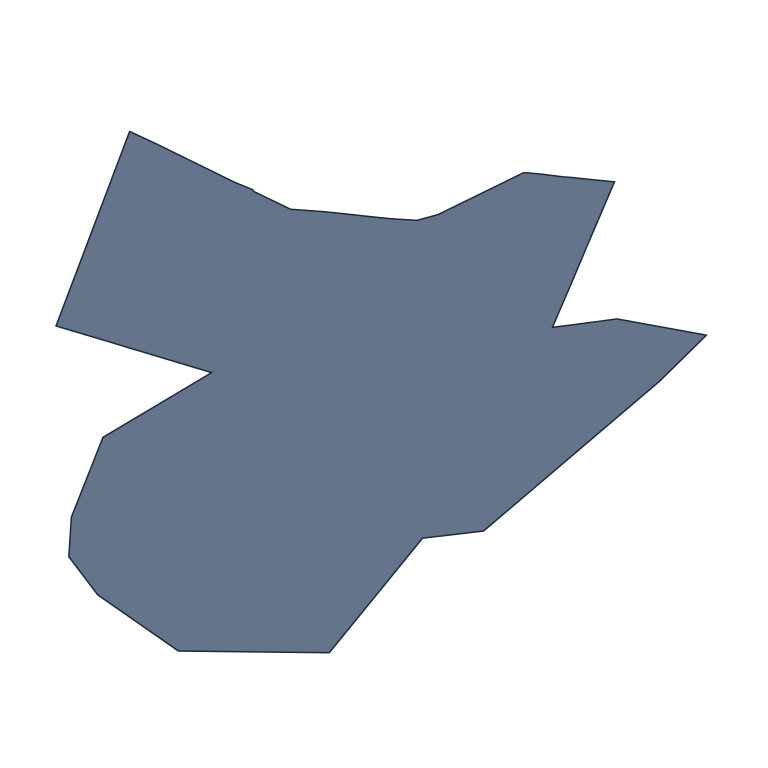 San Martín de los Cansecos, Oaxaca, Mexico, rotated 87°
{"feature_id": "50627088B42113519243267", "entity_name": "San Martín de los Cansecos", "entity_type": "district", "adm_level": 2, "iso_a3": "MEX", "parent_name": "Mexico", "parent_adm1": "Oaxaca", "projection": "robinson", "projection_center": [-96.733, 16.659], "detail": "fine", "context": "isolated", "style": "filled", "palette": "slate", "viewbox_px": 768, "rotation_deg": 87, "n_neighbors": 0, "source": "geoboundaries", "source_scale": "gbopen_adm2", "svg_char_len": 1045}
<svg xmlns="http://www.w3.org/2000/svg" viewBox="0 0 768 768"><g transform="rotate(87 384 384)"><path d="M639.9,603.3L649.5,452.7L540.0,353.6L536.0,292.2L395.5,108.5L352.1,59.5L331.2,147.9L334.8,193.4L335.8,206.9L336.3,212.8L328.8,209.1L326.2,207.9L293.9,191.9L286.0,188.1L275.9,183.2L271.3,181.0L255.6,173.4L239.4,165.4L215.1,153.5L194.2,143.2L190.9,164.9L188.2,181.9L187.4,186.9L186.5,194.4L182.7,215.4L180.2,233.3L193.0,263.3L208.0,298.6L217.7,321.3L222.3,342.6L221.5,349.5L219.4,367.9L217.9,377.7L215.3,394.1L211.9,415.1L208.8,434.8L207.0,449.1L204.6,468.3L202.4,472.2L188.4,497.7L184.8,504.2L183.1,504.9L180.5,510.5L175.0,522.1L167.5,535.6L157.7,553.2L139.1,586.6L132.0,599.3L118.5,624.8L145.4,636.6L151.9,639.5L161.0,643.5L172.0,648.3L189.5,656.0L200.2,660.7L208.6,664.4L218.6,668.8L247.8,681.6L293.2,701.6L294.2,702.0L306.0,707.2L308.9,708.5L316.1,688.3L324.3,665.2L334.4,637.2L352.5,586.7L363.6,555.6L365.6,559.3L422.5,667.4L500.7,703.2L540.0,707.8L579.7,680.8L639.9,603.3Z" fill="#64748b" stroke="#1e293b" stroke-width="1.5"/></g></svg>